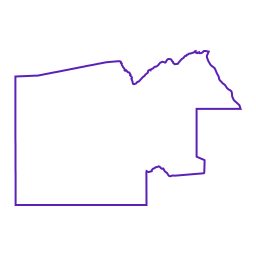 North-West, Mercator projection
{"feature_id": "BWA-2629", "entity_name": "North-West", "entity_type": "District", "adm_level": 1, "iso_a3": "BWA", "parent_name": "Botswana", "parent_adm1": "", "projection": "mercator", "projection_center": [23.629, -19.391], "detail": "fine", "context": "isolated", "style": "outline", "palette": "violet", "viewbox_px": 256, "rotation_deg": 0, "n_neighbors": 0, "source": "natural_earth", "source_scale": "10m", "svg_char_len": 3237}
<svg xmlns="http://www.w3.org/2000/svg" viewBox="0 0 256 256"><path d="M208.7,51.6L206.9,55.7L206.9,57.0L207.2,58.1L208.5,61.4L210.4,64.6L211.6,65.9L213.1,66.9L214.5,68.0L215.4,69.7L216.9,73.4L218.3,75.8L218.7,76.7L219.1,78.7L219.3,79.4L219.9,80.3L222.9,83.5L224.4,84.5L225.1,85.2L227.2,88.3L228.5,89.4L230.2,90.3L231.4,91.3L231.9,93.0L232.2,96.5L233.8,100.1L239.4,105.2L240.6,108.9L197.0,108.9L196.6,108.9L196.6,156.6L196.8,156.8L204.3,160.0L204.6,160.3L204.6,160.9L204.3,172.0L204.2,172.6L204.0,173.1L203.5,173.3L174.6,175.7L174.1,175.6L173.5,175.5L172.5,175.5L170.9,176.1L170.0,176.2L168.9,175.8L168.2,174.9L167.0,173.0L165.2,171.6L164.5,170.9L163.3,168.5L162.8,168.5L162.2,168.8L161.3,168.5L160.1,167.2L159.6,166.7L158.9,166.4L158.5,166.4L158.1,166.7L157.5,166.9L155.8,167.2L155.3,167.5L154.5,168.2L154.0,168.4L153.5,168.5L153.1,168.7L152.7,169.0L151.7,170.3L151.7,170.7L151.8,171.0L151.7,171.2L148.9,172.0L148.4,172.0L147.8,171.8L146.6,171.1L146.4,172.0L146.5,205.0L16.5,205.0L15.6,205.0L15.6,199.0L15.6,193.0L15.6,186.9L15.6,180.9L15.6,174.9L15.6,173.7L15.5,168.9L15.5,162.9L15.5,156.9L15.5,150.9L15.5,144.9L15.4,138.9L15.4,132.9L15.4,126.9L15.4,120.9L15.4,117.2L15.4,115.0L15.4,109.0L15.4,107.0L15.4,105.1L15.4,103.1L15.4,101.2L15.4,99.3L15.4,97.3L15.4,95.4L15.4,93.4L15.4,91.5L15.4,89.5L15.4,87.6L15.4,85.6L15.4,83.7L15.4,81.8L15.4,79.8L15.4,77.9L15.4,76.5L16.2,76.5L17.6,76.4L20.1,76.3L22.7,76.2L25.2,76.1L27.8,76.0L29.9,75.9L32.0,75.8L34.1,75.7L36.2,75.7L37.1,75.6L38.0,75.6L38.7,75.4L39.5,75.3L40.3,75.1L41.0,75.0L44.8,74.2L48.6,73.5L52.5,72.7L56.3,72.0L60.1,71.3L63.9,70.5L67.7,69.8L71.5,69.0L75.3,68.3L79.1,67.5L82.9,66.8L86.7,66.0L90.5,65.3L94.3,64.6L98.1,63.8L102.0,63.1L105.9,62.3L111.2,61.8L115.1,61.5L118.2,61.2L119.9,61.3L120.5,61.6L120.8,61.8L120.9,62.1L120.8,62.8L121.0,63.1L121.3,63.2L121.7,63.3L121.8,63.4L121.7,64.5L121.8,64.9L121.9,65.1L122.4,65.8L123.0,67.0L124.3,68.6L124.6,69.1L124.6,69.4L124.5,70.2L124.6,70.4L124.8,70.6L125.2,70.7L125.6,70.8L126.1,70.3L126.8,70.9L127.4,71.7L127.7,72.1L128.3,72.3L128.9,72.4L129.4,72.6L129.6,73.2L129.8,73.7L130.3,74.1L130.5,74.5L130.1,75.3L131.6,76.9L132.0,77.9L131.4,78.9L131.8,79.6L132.5,81.6L132.9,83.6L133.5,84.1L134.3,84.1L135.9,83.5L136.1,83.4L136.4,83.1L137.4,81.9L138.4,81.7L139.0,81.3L143.3,76.6L144.0,76.4L144.5,75.9L145.3,74.7L145.9,74.2L147.2,73.2L147.9,72.6L148.1,70.9L149.6,69.8L149.9,69.7L150.1,69.8L150.4,69.9L150.6,70.1L150.7,69.8L150.9,69.5L151.5,69.1L152.8,68.6L153.1,68.3L154.4,67.0L154.8,66.8L156.4,66.5L158.0,65.4L160.1,62.8L161.7,62.0L162.6,61.8L163.6,62.0L164.0,62.1L164.8,62.5L165.2,62.6L165.7,62.3L166.9,60.0L167.7,59.3L168.3,59.0L169.9,59.1L170.9,59.3L171.4,59.8L172.2,61.3L172.5,61.6L172.8,61.8L173.1,62.0L173.1,62.8L174.7,64.2L175.3,64.1L177.3,63.9L177.8,63.8L177.9,63.5L178.6,62.7L178.7,62.4L178.9,62.3L181.2,59.6L181.8,59.0L183.4,58.0L184.6,56.4L184.8,56.2L185.2,56.0L185.6,55.9L186.0,55.8L186.4,55.7L186.6,55.0L186.9,54.8L187.8,54.6L188.9,53.7L189.7,53.5L190.6,53.5L193.9,52.4L194.2,52.2L194.5,51.9L194.7,51.6L194.9,51.3L195.4,51.2L195.1,51.9L195.6,52.2L195.9,52.6L196.2,52.8L196.9,52.5L197.3,53.1L197.9,53.0L199.1,52.2L199.6,53.2L201.0,53.1L202.4,52.5L203.9,51.0L205.7,51.0L208.7,51.6Z" fill="none" stroke="#5b21b6" stroke-width="2"/></svg>